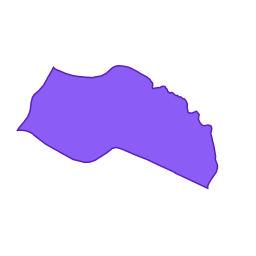 Al Mahfad, Abyan, Yemen, rotated 28°
{"feature_id": "15242507B3305834191455", "entity_name": "Al Mahfad", "entity_type": "district", "adm_level": 2, "iso_a3": "YEM", "parent_name": "Yemen", "parent_adm1": "Abyan", "projection": "equal_earth", "projection_center": [46.687, 14.009], "detail": "fine", "context": "isolated", "style": "filled", "palette": "violet", "viewbox_px": 256, "rotation_deg": 28, "n_neighbors": 0, "source": "geoboundaries", "source_scale": "gbopen_adm2", "svg_char_len": 3754}
<svg xmlns="http://www.w3.org/2000/svg" viewBox="0 0 256 256"><g transform="rotate(28 128 128)"><path d="M182.5,81.9L182.3,81.8L181.5,81.4L180.7,81.1L180.4,81.3L180.0,81.7L179.6,82.4L179.5,82.5L178.8,83.2L178.2,83.9L177.6,84.6L176.8,85.2L175.9,85.6L175.1,85.8L174.3,85.9L173.5,85.7L172.9,85.0L172.3,84.2L171.6,83.3L171.0,82.6L170.4,81.9L170.0,80.9L169.6,79.9L169.1,78.9L168.4,78.4L167.7,77.8L167.0,77.2L166.2,76.8L165.4,76.4L164.6,76.0L163.7,75.9L162.9,76.2L162.1,76.3L161.3,76.0L160.5,75.8L159.6,75.9L158.9,76.4L158.1,76.7L157.2,76.5L156.5,75.9L155.7,76.5L155.0,76.9L154.1,76.9L153.3,76.6L152.4,76.3L151.6,76.1L150.7,76.1L149.9,76.1L149.2,76.6L148.6,77.5L147.8,77.6L147.0,77.1L146.2,77.3L145.5,76.6L144.9,75.9L144.1,75.4L143.3,75.1L142.5,74.9L141.7,74.4L141.0,74.0L140.2,74.3L139.4,74.8L138.6,75.2L137.9,75.9L137.5,76.8L136.9,77.6L136.1,78.0L135.3,78.4L134.5,79.1L133.7,79.8L132.9,80.2L132.3,81.0L131.5,81.5L130.8,81.0L130.2,80.1L129.9,79.2L129.5,78.1L129.0,77.3L128.3,76.6L127.4,76.4L126.7,76.0L125.9,75.7L125.1,75.1L124.3,74.7L123.5,74.7L122.8,74.6L122.6,74.6L121.7,74.4L120.9,74.2L120.1,74.1L119.2,74.1L118.1,74.1L117.3,74.1L116.3,74.1L115.3,74.1L114.4,74.1L113.5,74.1L112.5,74.0L111.4,73.9L110.5,73.8L109.7,73.8L108.8,73.8L107.9,73.8L107.1,73.8L106.0,73.8L105.0,73.8L104.1,73.8L103.3,73.8L102.3,73.9L101.4,73.9L100.5,74.0L99.7,74.2L98.8,74.4L97.7,74.7L96.9,74.9L96.1,75.2L95.1,75.5L94.2,75.9L93.3,76.2L92.5,76.5L91.6,76.9L90.8,77.3L90.0,77.8L89.2,78.3L88.5,78.9L87.8,79.6L87.1,80.4L86.5,81.3L86.0,82.2L85.6,83.1L85.2,84.1L84.7,85.7L84.3,86.7L83.9,87.7L83.5,88.9L83.1,89.9L82.6,90.8L82.0,91.7L81.4,92.4L80.7,93.5L80.1,94.3L79.4,95.0L78.7,95.6L78.0,96.1L77.1,96.8L76.4,97.4L75.7,97.9L74.9,98.5L74.2,99.1L73.5,99.8L72.7,100.3L71.9,100.7L71.0,101.1L70.2,101.5L69.3,101.9L68.3,102.4L67.5,102.7L66.5,103.2L65.6,103.6L64.7,103.9L63.8,104.3L62.9,104.7L62.0,105.0L60.8,105.5L59.8,105.9L58.7,106.3L57.9,106.6L57.1,106.9L56.3,107.2L55.5,107.4L54.5,107.7L53.6,107.9L52.7,108.1L51.6,108.3L50.5,108.5L49.7,108.7L48.8,108.9L47.9,109.0L46.9,109.2L46.1,109.3L45.2,109.3L44.4,109.4L43.6,109.5L42.7,109.5L41.8,109.6L41.0,109.6L40.1,109.8L39.1,109.9L38.1,110.0L37.3,110.1L36.3,110.1L35.5,110.0L34.5,109.7L33.8,109.4L33.8,109.7L33.7,110.5L33.7,111.3L33.8,112.1L33.8,113.0L33.8,113.8L33.7,114.6L33.7,115.4L33.7,116.3L33.7,117.4L33.7,118.2L33.6,119.1L33.5,119.9L33.5,120.7L33.5,121.5L33.5,122.3L33.5,123.2L33.5,124.0L33.5,124.8L33.5,125.6L33.4,126.5L33.4,127.4L33.4,128.3L33.4,129.2L33.4,129.8L32.7,132.8L31.9,136.4L30.9,139.1L29.5,142.7L29.3,145.9L30.5,151.1L32.9,157.0L33.9,161.1L34.2,165.4L34.1,165.9L34.0,166.7L33.9,167.6L33.7,168.4L33.6,169.2L33.5,170.0L33.4,170.8L33.3,171.6L33.1,172.4L32.9,173.2L32.7,174.1L32.5,174.8L32.3,175.7L32.2,176.4L32.1,177.2L31.9,178.0L31.8,178.8L31.7,179.6L31.6,180.4L31.6,181.2L31.4,182.0L31.7,182.0L32.2,181.6L32.9,181.2L33.5,180.8L34.2,180.4L34.7,180.1L35.2,179.9L35.8,179.6L36.5,179.3L37.2,179.1L37.8,178.9L38.4,178.7L39.0,178.5L39.8,178.3L40.5,178.1L41.4,178.0L42.1,178.0L42.8,177.8L43.5,177.8L44.2,177.8L44.8,177.8L45.4,177.8L46.2,177.6L48.6,178.5L62.9,180.9L94.1,181.6L105.4,178.8L106.2,178.5L110.7,175.7L114.3,171.6L120.7,160.2L123.8,153.3L126.8,150.6L131.9,149.6L148.1,148.2L160.3,146.8L168.3,146.5L177.4,146.0L190.4,145.2L190.6,145.6L226.7,143.8L225.5,141.5L225.4,137.3L225.7,133.3L226.2,129.4L226.6,125.6L225.8,121.4L224.5,119.0L222.7,117.3L219.8,114.7L218.7,112.0L212.9,104.4L208.6,99.6L206.3,96.8L204.5,95.1L203.4,93.7L203.5,93.5L203.0,91.5L202.6,90.1L202.1,89.1L201.3,88.0L200.2,87.3L198.9,87.4L197.2,87.8L195.8,89.1L194.4,90.0L193.2,90.5L192.1,90.7L190.1,90.0L188.4,89.1L186.7,87.8L185.5,85.9L185.1,85.0L184.9,84.0L184.6,82.8L183.8,82.4L183.0,82.1L182.5,81.9Z" fill="#8b5cf6" stroke="#5b21b6" stroke-width="1.5"/></g></svg>